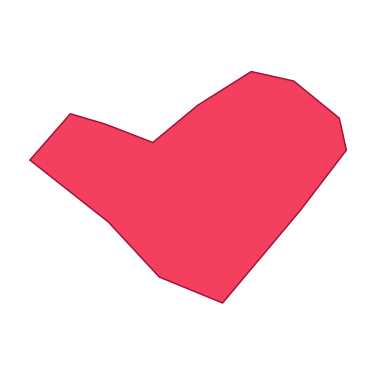 the state/province of Safi, rotated 174°
{"feature_id": "MLT-5971", "entity_name": "Safi", "entity_type": "state/province", "adm_level": 1, "iso_a3": "MLT", "parent_name": "Malta", "parent_adm1": "", "projection": "orthographic", "projection_center": [14.491, 35.832], "detail": "fine", "context": "isolated", "style": "filled", "palette": "rose", "viewbox_px": 384, "rotation_deg": 174, "n_neighbors": 0, "source": "natural_earth", "source_scale": "10m", "svg_char_len": 334}
<svg xmlns="http://www.w3.org/2000/svg" viewBox="0 0 384 384"><g transform="rotate(174 192 192)"><path d="M120.5,305.6L79.2,291.7L37.8,250.0L34.1,217.5L86.7,161.9L173.2,78.4L233.4,110.8L278.5,171.1L349.9,240.7L304.8,282.5L271.0,268.5L225.8,245.3L177.0,277.8L120.5,305.6Z" fill="#f43f5e" stroke="#9f1239" stroke-width="1.5"/></g></svg>